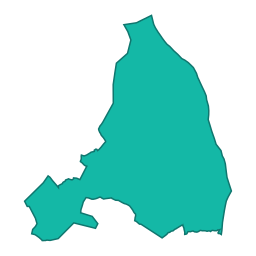 Ihitte/Uboma, Imo, Nigeria (Natural Earth projection)
{"feature_id": "59680162B14530293305891", "entity_name": "Ihitte/Uboma", "entity_type": "district", "adm_level": 2, "iso_a3": "NGA", "parent_name": "Nigeria", "parent_adm1": "Imo", "projection": "natural_earth1", "projection_center": [7.376, 5.644], "detail": "fine", "context": "isolated", "style": "filled", "palette": "teal", "viewbox_px": 256, "rotation_deg": 0, "n_neighbors": 0, "source": "geoboundaries", "source_scale": "gbopen_adm2", "svg_char_len": 3155}
<svg xmlns="http://www.w3.org/2000/svg" viewBox="0 0 256 256"><path d="M31.7,233.8L35.2,234.7L39.0,237.4L41.8,239.9L42.2,240.6L45.5,240.5L46.9,240.1L50.1,240.4L58.2,238.6L73.8,222.9L95.5,228.3L97.8,223.7L92.2,216.4L80.7,212.8L80.9,209.9L81.4,208.3L82.3,205.5L83.3,201.9L86.0,197.6L88.4,197.9L91.9,199.2L93.4,199.2L95.8,198.7L97.7,198.0L99.7,197.1L100.9,197.3L101.5,197.9L103.6,199.0L105.8,198.6L111.6,197.9L112.0,198.5L115.6,200.2L118.5,200.4L121.6,202.2L123.7,203.3L124.5,203.6L126.3,204.1L128.5,205.2L129.8,206.1L131.3,208.1L132.9,210.3L133.6,211.8L134.5,213.1L135.4,213.8L135.6,214.9L135.6,216.2L135.2,217.1L134.9,219.6L134.7,220.7L136.3,221.4L139.4,224.1L141.0,224.2L162.1,237.9L165.9,235.1L167.3,233.8L167.9,232.9L168.7,232.5L169.6,232.4L170.9,231.4L171.2,231.2L172.2,231.0L173.1,230.8L173.5,230.5L174.4,229.6L175.3,229.0L175.7,229.0L176.7,228.3L179.8,226.4L181.8,225.2L182.8,225.6L182.9,225.4L183.1,226.2L183.4,226.9L183.9,228.0L184.1,229.5L184.4,230.6L184.7,231.9L184.8,232.9L184.7,233.7L184.7,234.4L185.4,234.3L186.2,234.1L186.9,233.7L187.5,232.4L188.0,231.7L189.4,231.6L190.0,231.7L190.5,231.7L190.9,231.5L191.5,231.4L192.0,231.2L192.5,231.1L193.1,231.0L193.5,231.3L194.1,231.6L195.1,232.0L195.8,231.9L196.5,232.1L197.3,232.0L197.9,231.7L198.4,231.6L199.3,231.0L200.2,230.4L202.8,230.8L203.8,230.7L205.5,230.8L206.7,231.2L207.7,231.2L208.3,230.9L208.8,230.9L209.7,231.0L210.6,231.5L211.6,230.6L212.3,230.4L212.8,230.4L213.4,230.5L214.4,230.7L216.5,230.7L217.4,230.3L217.8,229.9L218.4,230.0L219.8,229.6L218.4,232.0L218.0,232.9L218.3,233.5L219.9,233.6L221.3,234.5L221.9,230.3L222.5,222.4L223.4,216.7L224.4,210.4L225.3,205.7L226.3,201.0L228.2,196.8L231.4,191.0L228.4,181.8L227.5,178.9L227.0,177.4L226.5,173.4L226.2,171.1L225.4,164.4L225.3,163.7L224.0,159.0L222.3,155.9L221.0,150.6L216.1,144.3L214.3,138.5L213.0,134.8L211.7,131.1L210.0,125.4L208.2,119.6L208.7,114.9L208.8,110.7L208.4,106.0L206.6,99.7L206.2,96.0L205.8,95.0L204.5,91.8L202.2,87.0L200.0,82.3L198.8,79.6L197.8,77.6L196.5,73.4L193.4,67.6L188.5,62.8L184.9,60.2L181.8,58.6L177.8,54.4L173.7,50.7L169.7,46.4L169.3,46.1L167.0,44.3L164.4,41.1L162.2,38.1L160.3,35.3L158.1,32.2L155.3,27.7L153.7,24.3L152.7,20.3L152.4,19.0L151.5,15.4L136.4,22.8L123.9,24.7L127.2,30.5L127.8,31.5L130.9,40.0L127.5,53.4L116.4,63.2L114.9,72.8L113.2,84.6L113.3,103.2L102.8,122.2L101.5,124.2L100.0,126.0L99.4,127.3L98.6,129.0L98.8,130.1L99.7,132.3L100.5,133.5L101.3,135.3L103.4,137.7L104.6,139.5L105.5,141.0L105.6,141.8L103.7,143.9L101.0,147.3L98.8,149.7L97.6,150.6L96.9,149.4L95.9,149.1L94.3,150.2L94.3,151.4L93.1,151.7L91.0,152.2L90.3,152.8L88.3,154.0L86.5,155.1L84.3,155.9L83.9,155.9L81.4,155.1L81.2,156.2L81.3,157.9L81.2,159.3L80.4,161.2L80.4,161.6L82.2,162.9L83.4,164.2L84.4,165.2L85.6,165.9L86.8,166.2L79.9,179.6L76.7,178.2L73.6,177.9L73.6,178.7L72.4,179.7L71.9,179.9L71.4,179.7L70.6,179.6L69.4,179.2L68.6,178.8L67.7,179.2L65.6,180.0L65.0,181.3L63.3,182.1L62.7,182.8L62.4,183.6L59.5,185.1L58.3,185.9L58.4,187.5L56.9,185.7L52.5,180.6L50.0,177.3L48.1,175.9L43.3,182.8L24.6,201.2L27.2,206.4L29.3,206.5L35.4,218.2L37.0,223.7L35.5,226.4L32.7,229.4L31.7,233.8Z" fill="#14b8a6" stroke="#0f766e" stroke-width="1.5"/></svg>